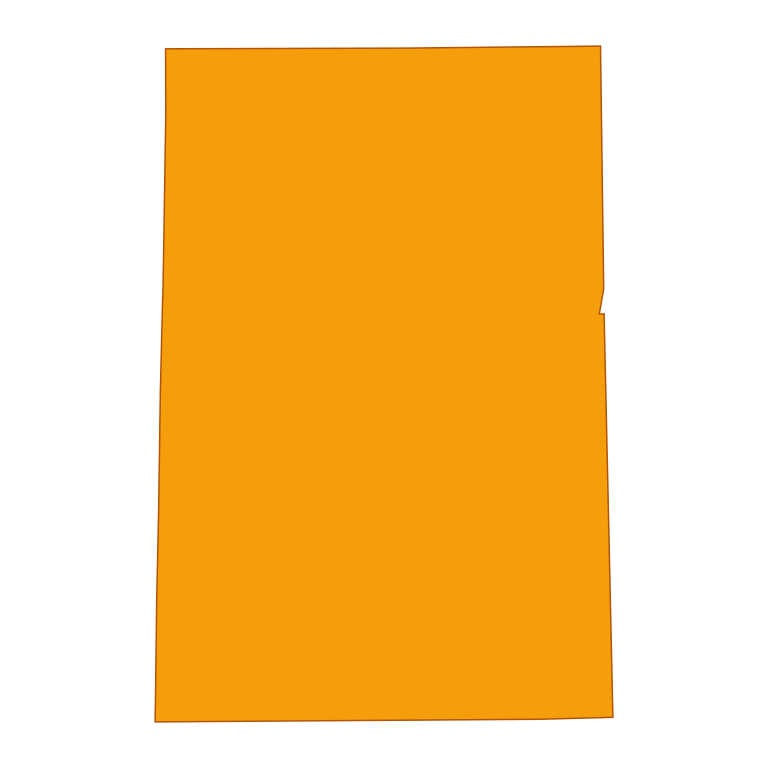 Darke, Ohio, United States of America
{"feature_id": "52423323B38982554043434", "entity_name": "Darke", "entity_type": "district", "adm_level": 2, "iso_a3": "USA", "parent_name": "United States of America", "parent_adm1": "Ohio", "projection": "albers", "projection_center": [-84.709, 40.136], "detail": "fine", "context": "isolated", "style": "filled", "palette": "amber", "viewbox_px": 768, "rotation_deg": 0, "n_neighbors": 0, "source": "geoboundaries", "source_scale": "gbopen_adm2", "svg_char_len": 453}
<svg xmlns="http://www.w3.org/2000/svg" viewBox="0 0 768 768"><path d="M603.7,288.9L600.5,46.1L406.4,48.1L165.6,48.8L165.8,114.7L165.6,126.5L163.7,248.2L163.0,287.8L162.8,296.6L162.7,296.7L162.2,315.4L160.3,394.4L160.3,397.5L159.8,428.0L159.5,450.5L158.5,518.0L158.0,540.8L157.0,585.8L156.7,600.8L155.4,705.8L155.2,714.4L155.1,721.9L542.5,719.2L612.9,717.3L604.1,313.9L599.3,314.0L603.7,288.9Z" fill="#f59e0b" stroke="#b45309" stroke-width="1.5"/></svg>